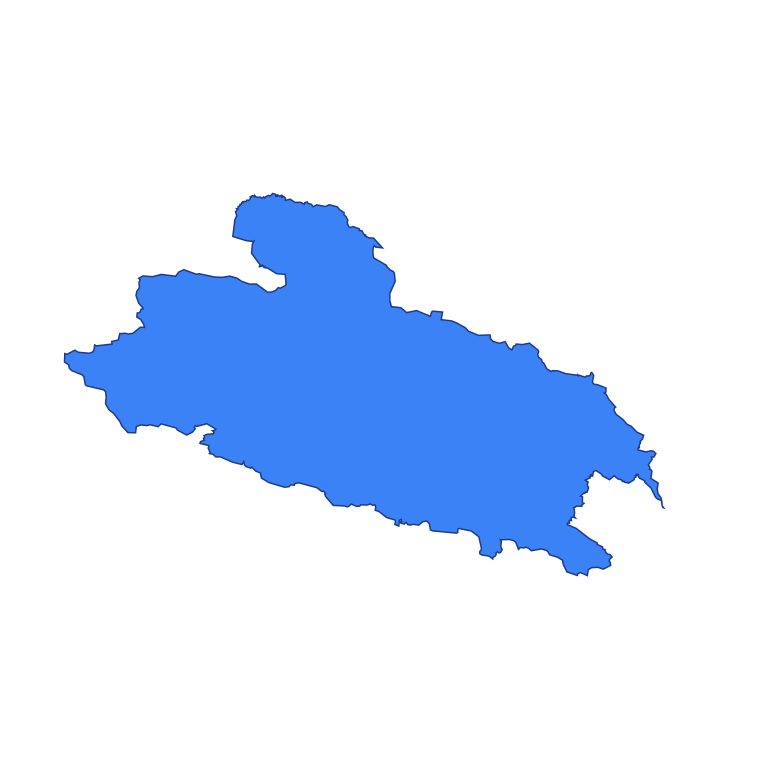 the district of Macroom Lea-6, Cork, Ireland, rotated 23°
{"feature_id": "5873133B25756375031462", "entity_name": "Macroom Lea-6", "entity_type": "district", "adm_level": 2, "iso_a3": "IRL", "parent_name": "Ireland", "parent_adm1": "Cork", "projection": "robinson", "projection_center": [-8.909, 51.94], "detail": "fine", "context": "isolated", "style": "filled", "palette": "blue", "viewbox_px": 768, "rotation_deg": 23, "n_neighbors": 0, "source": "geoboundaries", "source_scale": "gbopen_adm2", "svg_char_len": 6162}
<svg xmlns="http://www.w3.org/2000/svg" viewBox="0 0 768 768"><g transform="rotate(23 384 384)"><path d="M207.1,252.1L205.7,255.7L204.0,255.5L202.1,257.6L201.7,259.4L200.2,258.7L199.2,260.7L197.1,260.2L195.1,261.5L192.8,261.8L191.3,260.9L191.3,262.3L189.8,261.8L188.5,262.9L188.7,264.0L187.8,264.1L188.5,265.6L187.8,267.9L185.9,268.3L185.8,269.8L182.8,271.3L183.3,272.3L182.2,272.6L182.4,274.3L181.3,275.0L181.8,275.7L180.4,277.9L181.2,279.8L180.0,280.2L180.9,280.7L180.1,283.5L182.7,286.6L182.6,291.2L187.2,307.3L201.0,305.9L206.9,304.3L208.5,303.0L208.2,306.8L211.0,315.4L223.3,322.7L223.4,324.7L224.6,324.1L224.3,322.9L225.5,323.2L225.9,322.1L227.6,323.5L228.6,322.5L228.7,323.5L231.5,322.8L242.1,324.4L250.2,321.7L255.0,330.6L254.3,332.5L251.0,336.4L249.1,336.5L247.5,340.5L244.5,343.3L241.0,345.0L227.5,341.8L221.1,344.6L212.7,345.1L207.3,344.0L199.8,345.0L193.3,349.1L186.1,351.8L170.8,354.7L168.4,356.3L155.1,357.0L151.3,361.1L150.1,366.2L136.1,370.2L129.0,375.7L119.9,378.7L116.9,382.6L119.0,383.4L118.6,385.8L121.2,391.0L120.3,395.3L121.1,399.4L126.7,405.5L132.7,408.3L132.8,409.3L131.2,409.9L131.3,413.6L129.1,415.1L130.3,418.9L134.9,419.7L139.5,423.0L141.4,425.5L137.6,426.9L133.1,435.4L129.0,438.0L126.0,438.4L121.1,440.9L122.2,447.3L116.7,451.3L118.1,453.5L104.3,461.3L102.4,461.1L103.8,466.3L103.2,468.5L100.8,470.8L90.3,474.2L86.2,473.7L80.6,480.5L78.3,480.7L81.3,488.6L86.3,489.6L88.2,492.5L91.3,493.7L102.7,493.5L105.0,494.7L109.3,501.3L110.8,501.9L128.3,498.9L130.8,500.0L133.5,504.8L135.3,510.8L136.7,512.0L140.9,515.2L146.9,516.8L155.6,521.8L159.0,525.0L167.2,528.8L174.4,526.0L172.6,519.9L176.7,516.4L181.8,515.0L184.7,512.9L192.7,511.6L194.4,507.8L209.7,505.7L211.8,507.1L222.3,508.1L226.6,503.0L227.7,498.8L226.2,498.1L226.8,495.9L228.2,496.2L236.4,489.8L246.9,491.2L246.0,493.1L244.3,494.0L246.4,494.7L246.4,496.5L240.6,499.6L238.5,501.8L239.8,503.4L239.1,504.7L240.6,505.8L237.6,508.8L237.8,510.6L246.6,509.1L247.4,509.7L247.1,511.6L250.9,515.1L250.6,516.2L254.1,515.5L257.7,516.8L261.9,515.0L275.5,515.1L284.7,513.6L285.2,510.2L287.3,513.1L289.3,513.9L294.2,513.5L294.9,512.3L299.7,514.2L305.2,514.3L307.9,518.5L316.6,519.7L332.7,517.9L336.9,515.5L337.3,513.3L341.0,512.2L340.9,510.3L344.5,508.2L362.6,505.7L368.5,507.2L370.7,506.3L373.0,507.7L372.6,508.6L374.2,510.3L384.7,515.6L395.2,511.7L398.0,511.6L399.6,510.0L400.6,507.3L406.6,507.4L409.3,505.9L409.6,504.4L415.8,502.0L418.3,499.7L420.6,500.1L423.1,498.9L424.6,500.7L425.2,503.7L428.9,503.3L438.5,505.9L447.2,504.9L448.4,506.3L448.8,509.0L453.1,509.0L451.4,503.2L452.8,501.8L453.9,503.7L452.8,504.4L453.8,505.5L457.4,505.0L458.2,502.8L460.7,503.7L460.0,504.2L463.1,503.7L465.5,501.8L471.1,500.3L473.6,495.5L477.0,493.4L480.4,495.0L483.8,500.2L486.4,500.1L509.1,492.9L509.9,491.9L508.7,488.6L509.5,487.7L521.7,485.2L530.9,487.5L537.8,497.0L538.3,499.3L537.6,500.6L538.4,502.7L540.6,503.2L548.0,501.4L552.4,502.5L551.9,501.3L553.7,498.8L553.8,496.8L553.0,495.4L554.2,494.1L555.6,494.7L557.0,493.7L557.5,490.2L555.0,488.1L553.5,483.0L552.0,481.9L560.2,478.1L564.6,477.5L567.1,478.2L572.5,483.7L573.1,481.5L577.4,479.9L577.9,478.9L581.1,478.7L584.8,479.9L593.3,474.3L598.2,473.8L600.1,474.1L603.2,476.5L611.7,475.6L617.2,476.5L619.5,480.0L625.7,485.5L636.8,484.7L636.5,482.7L638.5,480.8L646.0,480.9L644.6,475.2L646.8,472.0L652.4,469.2L658.2,468.7L663.5,462.4L662.0,459.7L660.6,459.2L660.1,457.3L661.6,454.1L658.7,452.7L656.7,453.3L653.8,452.3L652.2,450.0L650.1,450.6L648.8,448.6L642.9,448.4L642.4,447.0L633.8,446.2L617.3,441.8L607.5,441.8L607.5,439.9L609.0,439.7L607.9,437.2L609.9,436.4L608.4,434.0L609.8,432.7L612.4,432.5L610.8,431.7L609.6,427.6L607.1,423.7L609.3,421.0L613.9,419.3L613.3,418.3L614.7,415.8L613.0,415.7L610.8,410.3L608.7,410.4L610.5,406.4L611.6,406.2L611.6,404.9L613.2,404.3L612.9,399.7L610.3,397.1L610.2,394.5L606.8,393.8L610.4,389.8L609.4,389.4L610.7,387.8L609.6,387.2L610.4,386.3L612.0,387.1L611.1,383.1L612.0,381.6L613.1,380.8L619.8,382.1L620.8,383.2L629.0,384.0L631.7,378.5L636.8,380.0L640.1,379.4L641.5,380.6L642.6,379.6L643.4,380.4L646.4,380.0L646.8,379.2L647.9,379.7L651.6,374.4L651.2,372.4L652.2,371.3L651.3,370.3L652.2,369.8L651.6,368.6L653.4,367.9L653.7,369.2L655.8,370.8L661.7,371.2L662.7,372.7L670.2,375.3L678.2,382.1L681.2,383.1L684.8,382.7L687.4,387.1L688.9,388.7L689.7,388.7L687.5,387.2L685.9,384.0L683.3,380.4L679.1,377.9L676.5,373.8L675.0,368.0L666.6,366.7L664.7,359.6L662.9,358.5L661.8,358.9L661.2,356.9L658.9,355.0L660.3,348.5L658.7,346.9L661.0,345.7L661.4,341.8L658.4,340.6L656.1,341.0L651.6,344.2L643.6,345.4L643.0,344.5L643.2,342.8L643.9,342.8L642.8,340.3L643.1,337.8L642.2,337.1L643.5,333.4L643.0,329.7L635.7,329.5L628.1,326.3L623.4,326.1L618.2,323.5L609.6,321.2L605.8,318.3L605.6,315.4L606.2,314.8L596.7,310.2L592.7,306.7L590.2,306.2L591.4,304.8L590.0,301.0L580.8,301.2L577.1,302.2L575.2,300.8L573.6,294.1L570.8,292.2L570.0,293.3L570.4,295.0L569.8,296.3L567.3,297.5L566.2,299.2L560.1,299.7L559.9,300.5L558.5,299.8L558.5,300.4L547.1,303.5L538.8,304.0L534.0,305.8L533.2,307.2L527.8,306.4L523.2,302.5L521.1,302.0L519.2,299.8L515.9,299.0L514.0,297.0L513.7,293.8L512.4,292.6L501.9,289.6L496.1,293.6L490.0,295.6L490.1,297.1L488.5,298.5L488.4,302.7L484.6,302.0L479.0,297.7L474.2,301.5L467.7,302.2L464.5,300.8L462.4,297.4L452.0,302.3L441.0,302.4L437.0,300.5L427.2,299.4L421.7,299.5L411.5,302.4L409.8,294.9L400.5,297.8L399.7,299.2L400.3,303.6L385.3,303.7L377.0,309.4L369.6,307.2L360.6,309.9L356.8,305.0L354.0,298.5L354.2,285.2L350.2,277.9L348.5,276.8L344.9,276.6L339.9,274.5L339.9,273.8L325.4,272.0L323.0,268.6L320.9,263.4L320.9,260.4L322.9,261.2L329.4,259.3L317.4,253.8L312.8,255.4L308.5,255.1L308.9,254.2L306.6,253.9L303.9,251.6L301.6,252.3L300.7,250.8L293.9,251.2L292.4,252.7L290.2,253.2L287.1,249.9L286.7,247.5L283.8,244.8L280.9,243.8L280.3,241.8L275.3,241.0L271.8,239.2L263.5,240.4L260.8,243.5L252.0,245.4L249.5,248.6L246.8,246.9L244.0,247.5L242.1,246.4L240.3,248.0L240.5,249.7L236.5,249.3L231.0,251.6L225.4,250.5L221.5,253.5L220.6,251.4L218.6,250.5L217.1,252.1L216.6,251.5L217.5,250.6L215.7,250.3L214.7,251.9L212.2,251.5L211.7,252.1L212.4,253.1L211.1,253.5L210.3,251.7L207.1,252.1Z" fill="#3b82f6" stroke="#1e3a8a" stroke-width="1.5"/></g></svg>